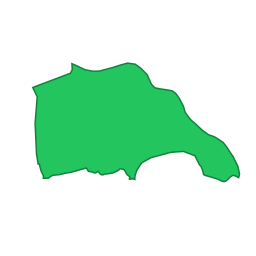 Plateau, Dauphin, Saint Lucia (Albers equal-area conic projection), rotated 255°
{"feature_id": "8701671B21443736840155", "entity_name": "Plateau", "entity_type": "district", "adm_level": 2, "iso_a3": "LCA", "parent_name": "Saint Lucia", "parent_adm1": "Dauphin", "projection": "albers", "projection_center": [-60.936, 14.026], "detail": "fine", "context": "isolated", "style": "filled", "palette": "green", "viewbox_px": 256, "rotation_deg": 255, "n_neighbors": 0, "source": "geoboundaries", "source_scale": "gbopen_adm2", "svg_char_len": 2026}
<svg xmlns="http://www.w3.org/2000/svg" viewBox="0 0 256 256"><g transform="rotate(255 128 128)"><path d="M204.6,90.5L203.2,90.2L198.9,89.3L198.1,88.6L195.8,86.6L191.8,46.5L181.7,48.4L156.6,39.5L126.6,32.9L116.4,31.9L116.5,32.2L116.4,32.7L116.0,33.1L115.3,33.0L112.6,32.9L110.6,32.9L108.2,33.0L105.5,33.6L103.6,33.9L102.5,33.6L101.4,33.1L100.1,38.2L101.0,40.0L101.8,43.2L101.5,44.9L101.1,47.2L100.7,49.7L100.6,52.0L100.6,53.6L100.5,55.3L100.4,57.2L100.2,59.3L100.0,60.8L100.0,62.6L100.0,64.5L100.0,67.2L100.1,70.0L100.1,73.3L100.2,75.1L100.1,77.4L98.1,78.0L96.3,78.6L95.8,79.8L95.2,81.5L94.1,82.8L93.3,84.0L93.0,85.2L93.2,85.8L93.7,87.0L93.7,87.7L93.3,88.1L92.5,88.5L90.8,89.3L90.0,89.9L89.4,91.0L89.3,92.2L89.4,93.7L89.3,95.1L89.1,96.3L88.9,97.5L88.7,99.2L88.5,101.1L88.7,103.1L88.9,104.7L89.1,105.6L89.4,107.0L89.8,108.2L90.8,110.0L90.6,110.6L89.5,112.1L89.1,113.1L88.3,113.6L85.9,114.5L84.8,114.5L83.1,115.1L82.2,115.8L80.9,116.7L79.7,117.0L79.3,116.6L78.9,116.3L78.5,116.1L77.9,116.6L77.8,117.6L78.1,118.6L77.8,119.1L77.5,119.5L76.6,121.3L76.9,121.3L80.0,122.4L84.7,125.4L87.8,128.8L90.8,132.2L93.4,142.5L93.4,163.3L91.0,175.6L83.9,185.4L74.0,187.5L72.1,188.6L68.5,189.0L66.4,189.1L63.5,189.0L62.9,189.6L62.6,189.8L61.9,190.8L61.6,191.3L60.7,192.9L58.8,196.0L57.0,198.9L55.6,201.2L53.9,203.2L52.7,204.5L51.8,205.7L51.4,206.9L51.4,207.6L51.4,207.9L51.4,208.2L51.7,209.5L52.6,211.4L53.7,213.1L54.4,214.7L55.0,216.5L54.9,217.7L54.1,218.9L53.2,220.1L52.7,220.7L51.4,222.0L54.3,223.7L58.9,224.1L63.5,224.1L68.9,222.9L73.1,222.1L78.9,220.1L83.9,218.5L89.3,216.2L93.1,213.0L97.3,209.0L100.8,203.9L107.3,198.7L114.3,194.4L118.9,191.2L123.1,189.2L128.5,187.2L129.6,187.2L134.3,187.2L143.5,185.2L148.5,183.3L152.3,180.5L153.9,177.3L154.8,175.3L156.2,172.2L157.7,168.6L160.0,164.2L164.3,161.9L174.6,160.3L182.3,155.9L187.7,151.6L190.8,144.4L190.8,137.7L190.4,129.4L190.4,122.2L190.4,115.1L191.9,108.8L194.9,102.6L195.4,101.6L198.7,97.7L200.4,95.7L202.5,93.2L204.6,90.5Z" fill="#22c55e" stroke="#15803d" stroke-width="1.5"/></g></svg>